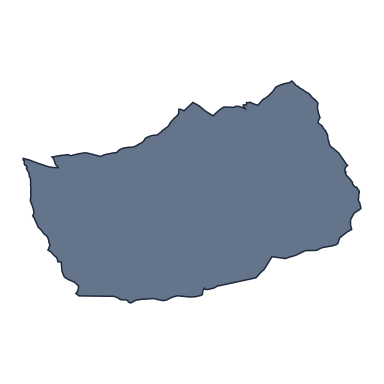 Iacobeni, Suceava, Romania (Natural Earth projection)
{"feature_id": "2599482B55221008009408", "entity_name": "Iacobeni", "entity_type": "district", "adm_level": 2, "iso_a3": "ROU", "parent_name": "Romania", "parent_adm1": "Suceava", "projection": "natural_earth1", "projection_center": [25.302, 47.433], "detail": "fine", "context": "isolated", "style": "filled", "palette": "slate", "viewbox_px": 384, "rotation_deg": 0, "n_neighbors": 0, "source": "geoboundaries", "source_scale": "gbopen_adm2", "svg_char_len": 5146}
<svg xmlns="http://www.w3.org/2000/svg" viewBox="0 0 384 384"><path d="M75.9,293.5L76.3,293.8L77.5,294.7L79.0,295.9L96.5,296.1L113.9,296.3L117.6,297.7L118.7,298.5L119.5,298.8L120.2,299.6L121.3,299.7L123.7,299.9L125.6,299.8L126.2,299.8L127.5,300.7L128.8,302.3L130.6,303.0L136.6,299.9L137.9,300.0L142.1,299.1L144.2,299.2L145.8,299.1L153.1,298.6L155.8,298.9L158.1,299.8L159.0,299.7L162.6,300.6L166.1,300.2L167.6,299.5L172.3,297.1L177.6,295.8L189.5,297.0L192.3,296.9L195.2,296.7L200.4,295.6L202.4,294.6L202.3,294.3L203.1,289.8L204.2,288.6L204.4,288.4L204.4,289.2L205.9,289.5L207.7,289.5L210.2,289.0L211.6,288.6L214.1,288.0L215.4,287.3L217.1,286.2L256.0,277.8L260.2,273.0L264.3,269.2L272.0,256.7L285.6,258.6L287.6,257.8L291.9,256.4L293.8,255.9L295.9,255.2L305.5,250.6L315.5,250.5L317.6,250.0L319.9,248.6L322.9,247.5L324.1,247.3L330.4,246.2L332.5,245.8L333.7,245.4L334.7,245.1L335.7,244.9L336.6,244.5L337.7,243.6L338.4,242.3L338.4,241.8L339.2,239.3L339.9,237.7L346.2,232.7L347.4,231.8L351.7,229.5L351.3,228.0L350.6,225.4L350.5,222.9L350.6,219.7L354.0,213.3L356.3,211.7L359.3,209.9L361.0,208.2L360.3,205.4L359.8,203.2L359.3,202.1L358.4,200.7L358.3,200.0L358.5,198.8L358.6,198.1L358.7,197.5L358.7,196.1L358.7,195.3L358.7,194.5L359.2,193.1L359.3,192.4L359.3,191.6L359.0,190.6L358.3,189.7L357.7,188.8L356.7,187.2L356.4,187.0L356.1,186.9L355.7,187.0L355.2,187.0L354.7,186.9L354.0,185.8L353.1,184.7L352.5,183.8L352.5,183.6L352.4,183.0L352.5,182.3L350.8,180.2L350.6,179.7L346.8,175.7L345.1,172.8L346.0,171.9L345.1,171.2L344.5,170.6L345.0,169.7L345.1,168.7L345.5,167.5L346.6,166.3L347.6,165.3L346.6,164.5L345.3,162.7L344.9,162.0L342.1,157.9L341.2,156.6L340.3,155.5L339.2,153.7L338.7,153.0L338.6,152.9L334.9,149.8L333.7,148.7L331.6,147.2L330.9,146.7L330.4,146.1L330.1,145.6L329.2,143.6L328.8,141.3L327.9,138.9L327.9,138.0L327.6,135.5L327.4,134.5L326.3,132.4L325.6,130.7L324.4,129.6L323.9,129.0L322.8,127.1L322.2,126.0L321.0,125.1L319.7,124.1L319.1,123.7L318.3,123.1L318.3,121.4L318.8,119.7L320.0,117.9L319.7,116.7L319.2,115.4L318.5,113.2L317.7,109.6L317.5,108.6L317.5,106.6L317.7,104.5L318.0,103.4L317.5,102.5L317.0,101.7L316.5,101.4L315.3,100.0L314.6,99.3L314.4,99.4L311.9,97.1L311.1,96.2L310.7,95.4L310.1,94.8L308.5,93.3L306.9,92.4L305.6,91.8L304.5,91.0L303.6,90.2L302.7,89.6L302.2,89.4L301.0,88.8L300.4,88.5L299.2,87.5L299.0,87.3L298.7,87.1L298.2,86.7L297.6,86.2L297.3,86.0L295.8,85.3L295.2,84.9L295.0,84.7L295.0,84.4L294.8,83.9L294.3,83.4L292.7,81.8L291.9,81.0L291.5,81.2L291.4,81.3L290.9,81.6L290.6,82.0L290.2,82.3L289.4,82.5L288.8,82.8L288.2,83.1L287.9,83.1L286.8,83.1L285.1,83.5L283.7,83.8L282.1,84.4L280.4,85.0L278.1,86.0L275.6,87.3L274.8,88.6L273.1,91.1L271.0,93.3L268.2,96.0L267.2,96.8L266.0,97.8L264.8,98.5L263.1,99.4L260.1,102.7L257.8,105.2L257.4,105.1L255.4,104.5L251.9,103.2L250.3,102.3L250.0,102.2L249.2,102.4L248.2,102.7L247.5,102.7L246.5,102.6L246.4,104.8L243.3,104.9L243.3,105.9L243.7,106.8L245.0,108.6L243.1,107.8L239.1,106.4L237.3,106.3L235.9,106.3L234.9,106.7L233.6,107.4L232.6,107.4L231.2,107.2L229.6,107.1L223.6,107.1L220.7,109.0L218.4,110.9L216.1,112.9L213.1,115.8L209.3,113.5L205.4,111.1L202.1,108.3L198.8,105.6L192.9,102.4L184.0,110.8L183.1,110.3L180.9,109.5L179.0,109.1L178.6,111.2L178.7,112.8L178.4,113.9L177.9,114.9L176.9,115.9L175.4,117.3L174.2,118.3L172.8,120.0L171.2,121.6L170.3,122.6L169.5,124.3L168.3,126.1L167.0,127.3L165.9,128.0L164.9,128.8L163.8,129.6L162.7,130.2L162.3,130.5L161.1,132.0L159.4,133.3L157.5,134.8L156.5,135.1L154.7,135.2L152.8,135.4L150.4,136.0L148.8,136.6L146.6,137.5L145.5,138.2L144.7,139.2L143.8,140.9L142.7,142.0L140.9,143.2L138.8,144.2L135.9,145.9L133.8,146.9L132.5,147.1L129.9,147.3L128.1,147.3L126.8,147.6L124.9,147.9L123.3,148.1L122.6,148.4L120.7,149.2L119.0,150.0L118.3,150.8L117.7,151.5L116.7,152.4L115.8,152.7L115.0,152.9L113.6,152.9L112.2,153.1L109.1,153.8L106.9,154.1L103.7,155.0L102.0,155.9L100.4,156.4L98.6,156.0L96.5,155.4L93.4,154.6L88.0,153.2L85.4,152.8L83.5,153.0L80.5,153.5L76.7,154.2L72.3,155.3L71.0,155.8L70.0,155.6L69.0,154.9L67.5,154.6L66.4,154.8L63.7,155.2L61.9,155.4L59.6,155.6L56.7,156.2L52.0,157.0L52.7,157.7L53.8,159.1L54.9,162.7L55.8,164.9L57.3,166.1L58.0,167.7L54.7,167.6L50.7,167.2L47.8,166.5L44.4,165.4L36.4,162.7L29.4,160.0L23.5,158.4L23.0,158.5L23.2,159.1L23.2,160.1L23.6,160.4L24.2,160.6L24.3,161.0L24.2,162.4L24.3,163.4L24.4,164.1L24.7,164.8L25.0,165.2L25.7,165.7L26.4,165.9L26.8,166.3L26.8,167.2L26.5,168.2L26.5,169.0L26.9,169.6L27.4,170.3L28.3,171.7L29.1,173.7L29.2,174.9L29.3,176.4L29.6,176.6L30.3,178.3L30.5,179.3L30.6,181.8L30.7,182.8L30.6,184.1L30.5,185.1L30.8,186.3L30.9,187.2L30.8,188.7L30.8,190.2L30.7,192.9L30.9,195.0L30.8,196.3L30.6,197.5L30.4,201.1L30.6,201.7L31.6,204.2L32.4,206.1L33.1,208.2L33.8,211.5L33.9,212.9L33.8,214.0L33.2,214.7L32.7,215.8L34.5,218.6L34.7,219.1L37.8,226.2L38.1,227.0L38.6,227.5L41.3,230.2L44.1,234.1L45.5,235.0L46.1,235.4L47.5,237.1L48.4,239.3L49.0,242.3L49.9,245.3L48.0,250.1L50.3,251.5L52.1,253.1L53.4,254.7L56.8,257.8L57.7,260.7L58.0,261.9L61.1,261.9L62.0,271.1L63.6,275.5L64.7,277.3L68.4,279.6L74.3,282.1L78.6,286.0L78.3,288.8L77.9,290.1L77.5,291.5L76.2,293.2L75.9,293.5Z" fill="#64748b" stroke="#1e293b" stroke-width="1.5"/></svg>